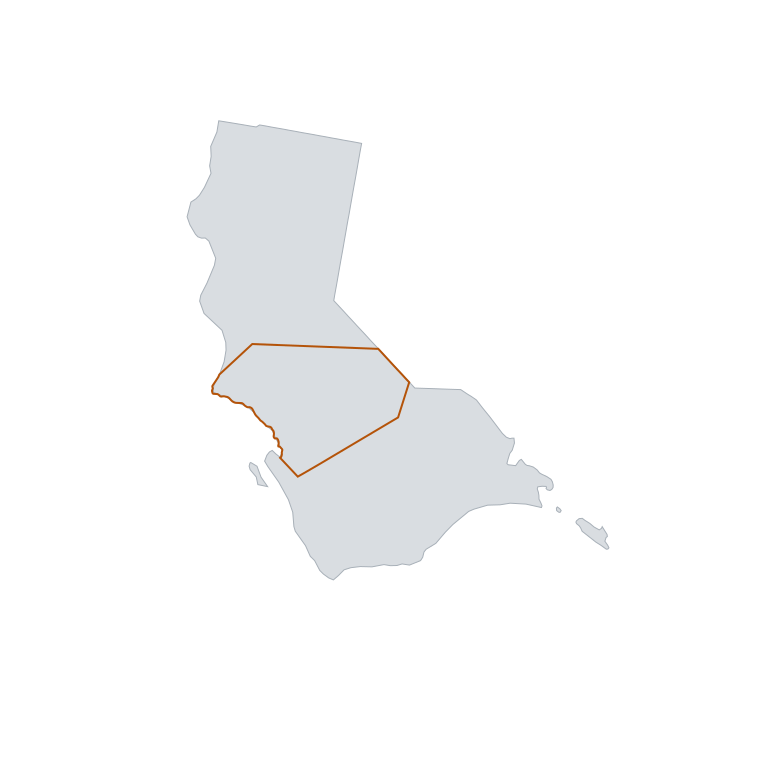 Oman, with Al Wusta highlighted, rotated 121°
{"feature_id": "OMN-2405", "entity_name": "Al Wusta", "entity_type": "Region", "adm_level": 1, "iso_a3": "OMN", "parent_name": "Oman", "parent_adm1": "", "projection": "robinson", "projection_center": [57.537, 20.48], "detail": "fine", "context": "in_parent", "style": "outline", "palette": "amber", "viewbox_px": 768, "rotation_deg": 121, "n_neighbors": 0, "source": "natural_earth", "source_scale": "10m", "svg_char_len": 4371}
<svg xmlns="http://www.w3.org/2000/svg" viewBox="0 0 768 768"><g transform="rotate(121 384 384)"><path d="M243.5,661.2L240.5,653.7L237.5,646.2L234.5,638.6L231.6,631.1L229.5,625.9L226.0,624.0L223.8,618.4L221.7,612.7L219.5,607.0L217.3,601.3L215.2,595.6L213.0,589.9L210.9,584.2L208.7,578.5L206.5,572.8L204.4,567.1L202.2,561.4L200.1,555.7L197.9,550.0L195.8,544.3L193.6,538.6L191.4,532.8L189.3,527.1L196.3,524.5L204.9,521.2L213.4,517.9L222.0,514.6L230.5,511.4L239.1,508.1L247.7,504.8L256.2,501.5L264.8,498.3L273.3,495.0L281.9,491.7L290.4,488.4L298.9,485.2L307.5,481.9L316.0,478.6L324.6,475.3L333.1,472.1L338.4,470.0L340.6,462.4L342.4,456.1L344.3,449.8L346.1,443.5L348.0,437.1L349.8,430.8L351.6,424.5L353.5,418.2L355.3,411.8L357.1,405.5L359.0,399.2L360.8,392.9L362.6,386.6L364.5,380.2L366.3,373.9L368.1,367.6L369.9,361.3L371.6,355.5L368.5,349.9L364.3,342.4L360.0,334.6L355.9,327.2L352.9,321.8L349.3,315.4L349.7,307.0L349.7,302.9L350.1,296.5L353.6,287.6L357.7,276.3L360.7,268.8L363.3,262.3L365.4,257.1L366.6,251.7L366.0,247.9L364.6,246.5L363.5,244.7L367.4,241.8L374.7,240.0L378.8,240.4L384.4,239.0L388.9,237.7L389.3,236.0L388.0,233.2L386.2,229.1L379.8,228.6L377.9,227.5L380.1,221.4L380.1,219.4L379.2,217.2L378.3,213.3L378.8,208.4L380.1,205.0L380.1,202.3L379.5,196.7L379.7,191.8L381.1,189.3L383.4,187.0L385.6,185.8L388.0,185.9L389.8,186.9L390.6,189.5L390.1,191.3L388.8,191.5L388.3,192.3L390.2,195.8L392.9,199.2L395.0,198.6L397.3,195.9L399.8,193.8L402.9,191.8L405.2,188.2L407.1,185.8L408.8,185.4L413.8,200.4L421.2,214.5L427.7,222.2L434.5,232.8L444.9,242.4L449.6,245.8L468.9,252.6L479.4,255.1L493.9,257.5L504.0,262.8L507.4,263.2L512.6,261.6L516.5,261.7L526.1,268.9L528.9,275.8L532.9,279.4L536.5,285.1L538.8,291.0L546.9,300.1L552.7,310.3L558.5,317.8L563.8,322.5L571.7,324.4L578.0,326.5L578.7,331.6L578.1,338.1L576.9,343.0L571.1,352.5L569.7,358.4L563.0,368.0L555.9,384.2L552.6,387.8L540.9,396.2L532.4,406.3L522.3,423.7L514.6,441.0L511.6,446.6L505.4,447.7L501.3,447.2L498.5,445.6L499.6,440.9L500.3,435.6L496.5,436.1L493.2,437.2L485.5,450.2L481.3,455.9L480.4,463.1L478.4,472.4L475.3,481.0L474.0,488.2L474.1,492.3L476.3,502.2L476.5,512.5L477.8,518.6L478.9,525.9L475.2,528.2L472.1,529.3L459.8,530.1L447.3,532.5L436.4,536.8L429.9,541.0L421.4,550.5L416.2,574.6L407.9,584.7L402.2,586.8L388.7,587.7L369.6,590.5L362.9,593.0L351.7,607.7L350.9,612.3L353.0,615.7L353.7,619.4L352.7,622.8L347.6,632.2L342.1,638.9L327.5,643.2L322.2,640.6L317.3,639.4L307.9,639.2L292.5,640.8L286.8,645.8L277.9,649.4L269.6,654.9L254.1,657.0L243.5,661.2ZM404.5,147.1L403.5,148.4L402.1,148.5L398.9,147.4L397.0,144.8L397.4,141.6L397.5,135.8L398.4,130.2L398.2,124.4L395.7,123.2L393.9,123.5L398.1,115.3L399.7,114.0L401.2,114.6L405.0,113.7L407.0,109.2L408.6,106.8L410.2,107.1L411.1,108.4L410.5,115.2L410.4,120.9L408.2,138.3L406.1,141.3L405.0,143.7L404.5,147.1ZM523.9,457.3L520.8,458.2L519.9,457.8L519.9,450.5L527.2,441.4L531.9,430.9L535.2,440.3L529.5,445.6L526.4,454.6L523.9,457.3ZM403.6,170.8L401.6,172.3L400.1,172.1L400.4,169.0L401.3,166.9L403.4,167.0L403.9,168.3L403.6,170.8Z" fill="#d9dde1" stroke="#a8b0b8" stroke-width="1"/><path d="M356.8,407.2L357.4,405.0L360.1,395.9L362.6,387.4L364.8,379.8L366.6,373.4L368.1,368.4L369.0,365.2L369.3,364.1L369.6,363.2L370.8,363.0L405.4,354.7L486.7,398.5L502.5,407.2L507.8,410.2L500.8,435.0L499.8,434.6L498.3,434.8L496.9,435.3L495.3,436.4L493.3,437.0L492.6,437.4L492.3,437.9L491.5,440.6L491.4,441.3L491.8,441.9L491.9,442.4L491.5,442.8L490.9,443.1L489.7,443.4L488.8,443.9L487.9,444.5L486.7,445.8L486.3,446.3L486.0,447.0L485.8,447.7L486.0,448.3L486.7,449.1L486.9,449.7L486.5,450.9L485.6,451.7L483.5,452.6L482.6,453.2L481.7,454.0L481.0,454.9L480.7,456.0L480.5,456.6L479.9,457.3L479.4,458.3L479.4,459.7L480.3,462.0L480.6,463.4L479.8,465.5L479.1,468.6L479.0,469.4L478.9,471.1L477.8,474.1L477.0,477.4L476.4,478.8L473.3,483.8L472.8,485.3L473.0,487.1L473.3,487.7L473.8,488.3L474.1,488.8L474.3,489.6L474.3,491.4L474.2,492.2L474.0,492.9L473.6,494.4L473.5,495.6L473.9,496.7L476.3,501.0L476.7,501.9L477.0,503.5L477.0,505.1L476.7,506.5L475.9,509.1L475.7,510.3L475.8,511.6L476.8,514.5L477.3,515.4L478.6,517.0L478.9,518.0L478.4,520.3L478.4,521.5L480.3,525.2L480.3,526.0L479.1,527.4L478.3,528.0L478.1,528.1L475.9,528.5L475.7,528.8L475.4,529.1L474.9,529.6L474.3,530.0L473.8,530.1L463.5,529.6L460.7,530.0L417.6,517.5L357.5,408.2L356.8,407.2Z" fill="none" stroke="#b45309" stroke-width="2"/></g></svg>